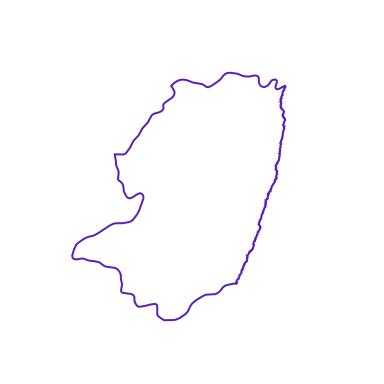 La Laguna de Nisibón, La Altagracia, Dominican Republic, rotated 57°
{"feature_id": "3306468B28180088914928", "entity_name": "La Laguna de Nisibón", "entity_type": "district", "adm_level": 2, "iso_a3": "DOM", "parent_name": "Dominican Republic", "parent_adm1": "La Altagracia", "projection": "equal_earth", "projection_center": [-68.715, 18.868], "detail": "fine", "context": "isolated", "style": "outline", "palette": "violet", "viewbox_px": 384, "rotation_deg": 57, "n_neighbors": 0, "source": "geoboundaries", "source_scale": "gbopen_adm2", "svg_char_len": 5898}
<svg xmlns="http://www.w3.org/2000/svg" viewBox="0 0 384 384"><g transform="rotate(57 192 192)"><path d="M91.5,151.5L97.8,151.9L99.0,152.4L100.6,153.8L101.6,155.8L102.0,157.5L102.3,165.6L102.8,167.9L103.6,168.9L106.4,170.4L107.3,172.1L107.5,173.6L107.3,175.9L105.6,181.4L105.6,183.0L106.0,184.6L109.5,190.9L111.6,198.9L115.5,206.1L117.2,213.3L121.0,219.7L123.5,226.2L123.5,227.8L123.0,229.4L118.3,236.3L124.4,238.9L128.4,241.1L133.5,242.0L135.6,242.8L141.0,247.1L142.1,247.2L145.3,246.1L147.8,245.9L149.7,246.4L154.5,248.9L159.5,249.4L161.5,249.2L163.2,248.0L164.0,245.8L164.1,238.9L164.5,236.6L165.9,235.2L168.4,234.9L170.2,235.7L171.7,237.2L178.5,246.1L180.6,249.6L183.2,256.7L183.3,259.1L182.8,261.4L180.5,267.0L176.6,273.2L175.7,275.6L175.3,280.0L175.4,292.1L175.2,296.6L174.7,299.2L173.1,303.4L172.4,308.5L172.7,315.5L173.3,318.0L175.9,322.2L179.9,326.9L181.7,327.8L183.0,327.8L184.2,327.2L185.6,325.7L187.6,321.0L188.8,319.3L193.1,316.0L197.7,310.7L200.4,308.1L206.6,305.7L208.8,303.7L213.3,298.3L215.7,296.7L219.0,296.2L222.4,296.7L226.4,299.1L231.4,300.9L235.6,304.9L237.3,305.6L239.0,304.9L244.2,298.7L246.6,297.3L248.5,297.4L251.7,299.4L253.6,300.1L257.5,300.1L259.2,299.2L259.9,298.1L262.2,292.8L263.4,289.0L265.4,284.5L266.1,283.5L267.2,283.0L268.9,283.4L275.2,287.5L276.8,288.1L277.9,287.9L282.9,286.0L284.5,285.0L289.2,277.4L290.3,275.1L291.0,270.8L290.8,263.8L290.2,261.3L289.5,259.8L286.9,255.7L285.6,252.6L285.1,248.3L285.1,241.2L285.3,238.6L285.8,236.1L290.2,228.4L290.6,226.7L290.6,223.4L290.2,221.8L288.7,217.7L288.7,214.5L291.3,207.4L293.1,204.7L293.0,204.3L292.5,204.3L292.5,203.9L292.0,203.9L292.0,203.6L291.2,203.6L290.9,202.9L290.4,202.5L290.2,200.0L289.6,200.0L289.6,199.7L289.1,199.3L288.8,198.3L288.0,197.9L287.8,197.2L287.5,197.2L287.5,196.1L287.0,195.8L286.7,194.4L285.7,194.0L285.1,193.0L284.9,193.0L284.9,192.3L284.4,192.3L284.4,191.9L283.8,191.5L283.8,190.8L283.6,190.8L283.0,189.8L282.5,189.8L282.0,188.4L281.7,188.4L281.5,187.7L280.9,187.7L280.9,186.6L280.4,186.2L280.1,185.2L279.9,185.2L279.9,184.8L280.1,184.8L280.1,183.8L279.9,183.8L279.9,183.4L278.3,182.7L278.0,182.0L277.5,182.0L277.3,181.3L276.7,181.3L276.5,180.6L275.4,180.6L275.4,180.2L275.1,180.2L275.1,178.5L274.1,177.4L274.1,176.7L273.6,176.7L273.6,175.6L273.3,175.6L273.3,175.3L273.6,175.3L273.6,174.9L273.3,174.9L273.3,173.5L273.0,173.5L273.0,172.5L272.5,172.1L272.5,171.4L271.7,171.0L270.9,169.6L269.9,169.3L269.9,168.9L269.4,168.9L269.4,168.6L268.6,168.6L268.3,167.9L267.5,167.2L267.5,166.5L267.2,166.5L267.2,165.7L266.7,165.4L266.7,165.0L266.5,164.7L265.9,164.7L265.9,164.3L265.4,164.3L265.1,163.3L264.9,163.3L264.9,162.6L264.1,161.9L263.8,161.1L263.6,161.1L263.3,160.4L263.0,160.4L263.0,160.1L262.2,159.4L262.0,158.7L261.7,158.7L261.7,158.3L261.2,158.3L260.7,156.2L260.4,156.2L259.9,155.1L259.1,154.4L259.1,154.1L258.6,154.1L258.6,153.7L257.2,153.7L257.2,153.4L255.7,153.7L255.7,153.4L254.4,153.0L254.1,151.6L253.1,151.3L253.0,150.5L252.2,149.8L252.2,148.8L251.5,148.4L250.9,147.4L249.9,147.0L249.6,146.3L248.6,145.2L248.6,144.5L248.0,144.2L248.0,143.5L247.5,143.5L247.2,142.8L246.7,142.8L246.5,142.1L246.2,142.1L245.9,141.0L244.9,140.3L244.6,138.9L244.3,138.9L244.1,138.2L242.8,137.8L242.8,137.1L242.5,137.1L242.5,136.8L242.0,136.8L241.5,135.7L241.2,135.7L241.2,136.1L240.4,136.1L239.6,134.6L239.1,134.6L239.1,134.3L238.8,134.3L238.8,132.5L238.6,132.5L238.6,131.8L237.5,131.5L236.5,129.7L235.9,129.7L235.9,130.0L235.7,130.0L235.7,129.3L234.9,129.3L234.9,128.3L234.6,128.3L234.4,127.2L234.1,127.2L234.1,125.8L233.6,125.8L233.6,125.4L233.0,125.1L233.0,124.4L232.8,124.4L232.5,123.7L232.0,123.7L230.9,121.9L230.4,121.6L230.1,120.1L229.6,119.8L229.4,118.4L228.3,117.3L228.3,116.6L227.5,116.3L227.5,115.9L227.0,115.9L227.0,115.2L226.7,115.2L226.7,113.8L226.5,113.4L225.9,113.4L225.9,113.1L224.6,113.1L223.8,111.7L223.3,111.3L223.3,110.6L222.2,110.6L222.2,110.3L221.2,109.9L221.2,109.5L220.1,109.5L220.1,109.2L218.3,109.5L218.0,108.5L216.7,108.1L216.7,107.8L215.9,107.8L215.7,107.1L215.1,107.1L215.1,106.7L214.9,106.7L214.6,105.0L214.4,105.0L214.4,104.6L213.8,104.6L213.8,103.9L213.3,103.5L213.3,102.8L212.8,102.5L212.5,101.4L211.5,101.1L210.9,100.0L209.9,99.6L209.4,98.6L208.0,98.2L208.0,97.9L207.2,97.9L207.2,97.2L207.0,96.8L205.9,96.5L205.9,96.1L205.1,95.8L204.9,95.1L203.3,94.7L202.8,93.3L201.2,92.6L200.7,91.5L199.9,91.5L199.9,91.2L199.4,91.2L199.4,90.8L198.6,90.8L198.3,90.1L197.5,89.4L197.5,88.7L196.7,88.3L196.7,88.0L196.2,87.6L196.2,86.9L195.1,86.6L194.4,85.2L193.0,84.8L192.5,83.7L190.9,83.0L190.9,82.3L189.6,80.9L189.4,80.2L188.0,79.9L188.0,79.5L187.3,79.2L187.3,78.8L187.0,78.8L187.0,79.2L185.7,79.2L185.7,78.8L185.1,78.8L184.6,77.7L183.8,77.0L183.8,76.7L183.0,76.0L182.5,74.9L182.0,74.9L181.7,74.2L180.7,74.2L180.7,74.6L180.2,74.6L180.2,74.2L179.4,74.2L179.4,74.6L177.8,74.6L177.8,74.2L177.3,74.2L177.3,73.9L176.2,73.5L176.2,72.8L175.9,72.8L174.9,71.0L172.5,71.0L172.5,71.4L170.4,71.7L170.4,71.4L169.6,71.4L169.6,71.0L168.3,71.0L168.3,70.7L167.8,70.7L167.5,70.0L167.0,70.0L166.5,68.9L165.1,68.9L165.1,68.6L164.6,68.6L164.6,68.2L164.1,68.2L164.1,67.8L163.0,67.5L163.0,67.1L162.3,67.1L162.3,66.1L162.0,66.1L162.0,65.7L160.9,65.4L160.9,65.0L160.2,64.3L160.2,63.6L159.9,63.6L159.9,63.2L158.8,62.9L158.0,61.5L157.5,61.5L157.3,60.4L156.7,60.1L156.7,59.4L156.5,59.0L155.9,59.0L155.7,58.3L155.2,57.9L155.2,57.2L154.9,57.2L154.6,56.2L153.5,56.2L152.9,62.9L152.5,64.2L151.6,65.2L150.4,65.3L149.3,64.8L146.2,61.1L145.2,60.4L144.0,60.3L142.6,61.5L141.9,63.6L142.0,65.1L143.8,69.6L144.0,71.2L143.6,73.6L142.4,75.4L140.7,76.5L138.7,76.7L136.2,76.0L132.4,73.7L131.2,73.7L130.0,74.2L128.2,76.3L126.3,81.2L124.2,84.2L122.2,86.3L117.6,89.4L112.6,95.3L111.5,97.4L111.1,99.8L111.4,102.2L112.9,106.3L113.3,108.9L113.6,116.8L113.1,120.8L112.0,122.5L108.1,124.1L107.0,124.8L100.7,131.6L95.5,135.3L92.9,138.2L91.4,141.2L90.9,143.7L90.9,147.2L91.5,151.5Z" fill="none" stroke="#5b21b6" stroke-width="2"/></g></svg>